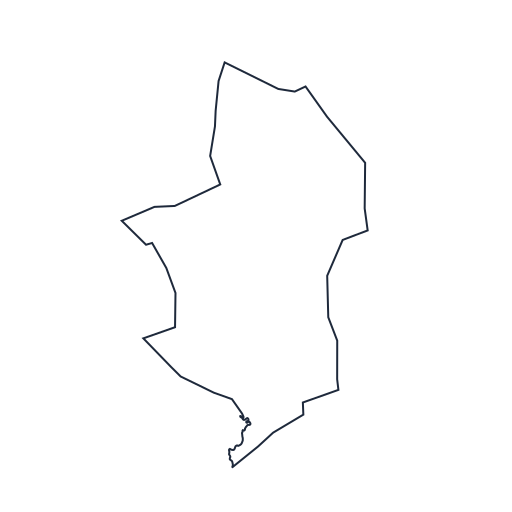 the district of Lu'n, Töv, Mongolia, rotated 252°
{"feature_id": "93677404B53704877683410", "entity_name": "Lu'n", "entity_type": "district", "adm_level": 2, "iso_a3": "MNG", "parent_name": "Mongolia", "parent_adm1": "Töv", "projection": "equal_earth", "projection_center": [104.801, 47.789], "detail": "fine", "context": "isolated", "style": "outline", "palette": "slate", "viewbox_px": 512, "rotation_deg": 252, "n_neighbors": 0, "source": "geoboundaries", "source_scale": "gbopen_adm2", "svg_char_len": 2341}
<svg xmlns="http://www.w3.org/2000/svg" viewBox="0 0 512 512"><g transform="rotate(252 256 256)"><path d="M401.9,355.5L400.4,343.7L408.0,328.8L449.8,286.0L434.0,274.5L406.6,262.5L391.9,257.0L365.3,243.3L335.1,244.1L328.7,194.2L334.1,174.6L331.0,139.2L300.7,154.9L300.5,161.2L272.3,167.0L245.7,168.0L213.3,157.0L212.5,123.4L177.0,140.8L164.7,147.1L139.0,173.7L127.3,188.9L110.3,194.1L109.7,194.1L108.7,194.3L107.6,194.4L106.7,194.4L106.1,193.9L106.2,193.3L107.4,192.5L107.9,192.1L108.5,192.0L108.6,191.6L108.2,191.4L107.6,191.6L107.3,191.9L106.7,192.4L106.2,192.8L105.5,193.0L105.0,193.0L104.5,193.3L104.1,193.5L103.8,194.0L103.8,194.5L103.9,195.1L104.1,195.9L104.2,196.3L104.3,196.6L104.5,197.1L104.5,197.7L103.9,198.2L103.5,198.3L102.9,198.3L102.4,198.2L101.9,198.0L101.7,197.6L101.6,197.3L101.6,196.8L101.6,196.3L101.7,195.9L101.4,195.6L101.1,195.4L100.7,195.4L100.5,195.5L100.3,195.7L100.2,195.9L100.2,196.2L100.3,196.5L100.5,196.9L100.6,197.6L100.4,198.3L99.9,198.7L99.0,198.9L98.3,198.9L97.7,198.6L97.5,198.3L97.4,198.0L97.4,197.7L97.5,197.3L97.6,197.0L97.7,196.6L97.8,196.2L97.8,195.7L97.6,195.3L97.4,195.0L97.1,194.6L96.6,193.7L96.2,193.2L95.9,192.9L95.3,192.2L94.9,192.1L94.5,191.9L94.3,191.7L94.0,191.5L93.8,191.2L93.7,190.8L93.8,190.5L94.0,190.2L94.4,189.7L94.0,189.2L93.7,189.1L93.3,189.0L92.9,188.8L92.6,188.6L92.3,188.2L91.7,187.9L90.9,187.8L89.6,187.5L88.7,187.3L87.9,187.2L87.3,187.2L86.4,187.0L85.5,186.7L84.5,186.3L84.0,185.9L83.5,185.5L82.3,184.5L81.8,183.9L81.5,183.3L81.2,182.4L81.1,181.6L80.9,180.8L81.0,180.3L81.3,179.9L81.7,179.5L81.7,179.0L81.6,178.5L81.3,177.7L80.6,177.1L79.9,176.6L79.2,176.0L78.6,175.2L78.5,174.7L78.7,174.1L78.9,173.4L79.4,172.8L79.7,172.3L80.3,171.9L80.6,171.5L80.5,171.2L80.3,170.7L79.8,170.4L79.0,170.2L78.3,170.2L77.8,170.1L77.4,169.9L76.7,169.6L76.2,169.3L76.0,169.2L75.6,169.1L75.2,169.2L74.8,169.3L74.1,169.5L73.5,169.6L73.0,169.5L72.6,169.3L72.2,168.9L71.6,168.6L71.2,168.4L70.9,168.3L70.5,168.4L70.2,168.5L69.8,168.8L69.4,169.1L68.9,169.5L68.2,169.8L67.2,169.8L66.2,169.7L65.2,169.6L64.5,169.4L63.7,169.0L63.0,168.7L62.2,167.7L74.2,199.1L82.7,217.7L90.5,252.0L102.2,255.3L103.2,293.0L113.7,295.1L150.4,307.1L175.4,305.8L215.2,317.6L244.5,343.4L245.2,357.3L245.8,370.1L267.4,374.0L267.8,374.1L310.9,388.6L366.5,366.6L401.9,355.5Z" fill="none" stroke="#1e293b" stroke-width="2"/></g></svg>